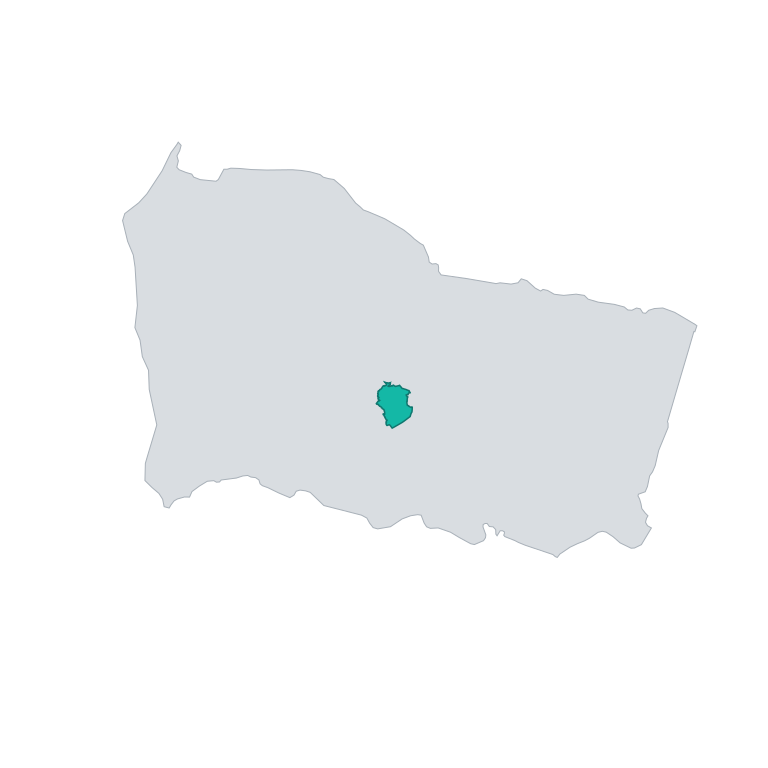 Pru East, Brong Ahafo, Ghana (highlighted), rotated 107°
{"feature_id": "2480657B24672710685383", "entity_name": "Pru East", "entity_type": "district", "adm_level": 2, "iso_a3": "GHA", "parent_name": "Ghana", "parent_adm1": "Brong Ahafo", "projection": "robinson", "projection_center": [-0.909, 8.134], "detail": "fine", "context": "in_parent", "style": "filled", "palette": "teal", "viewbox_px": 768, "rotation_deg": 107, "n_neighbors": 0, "source": "geoboundaries", "source_scale": "gbopen_adm2", "svg_char_len": 7158}
<svg xmlns="http://www.w3.org/2000/svg" viewBox="0 0 768 768"><g transform="rotate(107 384 384)"><path d="M462.4,90.9L467.6,96.5L468.8,99.7L466.9,111.8L463.1,120.2L460.7,128.1L461.0,132.1L463.3,136.0L471.3,142.3L475.3,146.3L480.2,152.4L485.7,158.4L495.2,166.1L499.2,167.6L499.0,169.7L497.7,172.7L496.9,201.7L496.2,209.2L495.5,212.9L494.6,223.8L493.6,225.3L491.8,225.2L490.2,225.6L489.7,227.7L490.4,230.0L496.1,231.5L494.9,233.1L490.6,234.6L488.7,237.9L489.5,241.6L487.2,244.6L487.9,246.6L489.4,248.1L491.8,247.5L498.5,242.5L501.3,242.0L504.7,243.0L511.1,250.6L511.4,254.4L508.8,267.1L506.3,277.0L505.8,290.1L508.5,297.5L508.1,301.5L505.2,305.0L498.6,310.1L499.1,313.6L502.2,320.0L507.7,327.2L518.6,336.1L524.4,347.7L524.5,352.4L521.2,357.1L517.2,361.2L516.0,367.2L517.8,406.0L509.2,422.9L509.1,427.7L510.0,433.3L512.2,436.6L516.6,437.6L520.2,440.8L519.0,452.7L517.1,464.7L516.8,470.6L515.7,473.3L512.3,475.6L511.1,479.4L511.9,484.1L511.3,487.6L513.2,492.1L517.1,497.7L523.4,511.6L525.8,512.7L526.9,515.6L526.2,518.5L528.7,524.6L535.7,530.8L543.0,536.2L549.0,536.9L550.4,541.8L554.3,547.9L557.2,550.6L561.7,552.3L565.4,553.2L565.6,558.4L558.9,562.0L554.4,567.3L550.9,575.4L546.2,584.4L529.7,589.0L523.4,589.1L489.6,589.3L457.9,606.9L439.7,613.2L428.5,623.1L413.4,630.1L402.9,638.7L381.0,642.8L345.1,656.2L333.9,661.5L322.5,670.9L304.1,681.8L296.8,681.7L282.4,671.5L271.5,666.3L244.9,658.5L225.1,655.4L215.5,652.1L212.9,651.5L215.1,647.8L220.6,647.6L226.4,648.7L230.8,645.9L237.3,645.5L239.0,642.6L239.6,635.2L239.5,629.2L241.8,626.5L242.3,619.5L239.2,603.9L236.9,602.2L225.4,599.9L224.5,596.8L222.4,593.6L220.2,585.5L217.7,573.6L213.7,558.8L205.9,534.3L204.0,525.7L202.7,516.9L202.4,506.4L204.0,502.5L203.8,497.1L203.1,491.7L208.6,479.2L219.3,464.0L221.6,458.5L223.6,454.7L223.9,449.2L225.8,431.4L231.0,410.0L234.2,401.9L236.4,397.5L239.0,390.4L239.7,387.0L249.6,378.6L254.2,376.4L255.2,373.1L253.7,369.5L254.3,367.0L256.7,365.8L260.3,364.8L263.0,361.3L258.9,334.9L255.5,308.5L255.3,306.3L253.3,302.6L251.3,291.7L248.0,285.4L243.3,283.5L243.4,277.5L248.1,267.4L249.3,261.4L247.1,259.6L246.7,255.0L248.4,247.5L247.6,242.9L246.7,238.0L241.9,226.5L240.7,218.3L243.2,213.6L243.1,203.1L240.5,187.0L240.1,176.8L241.9,172.5L241.0,168.5L237.5,164.7L237.2,160.9L240.3,157.3L239.9,154.5L236.1,152.4L232.8,147.5L229.8,139.6L230.5,127.0L236.1,103.8L236.8,101.8L243.2,102.0L243.2,103.0L263.0,102.7L285.7,102.5L312.7,102.2L337.3,101.9L338.4,100.9L342.5,99.6L367.3,101.9L382.8,100.8L389.4,101.5L394.2,103.1L405.0,102.1L410.7,102.7L415.0,108.5L416.8,108.4L419.2,106.0L423.5,103.2L427.8,101.0L431.0,96.5L432.9,93.0L435.7,93.7L439.8,93.5L442.5,90.6L443.5,86.2L462.4,90.9Z" fill="#d9dde1" stroke="#a8b0b8" stroke-width="1"/><path d="M423.8,363.3L422.0,361.5L415.8,355.7L414.1,354.3L407.5,349.5L404.3,349.5L402.6,349.1L400.5,349.5L397.9,350.2L397.8,350.7L398.1,350.9L398.3,351.1L398.4,351.4L398.4,351.5L398.2,352.9L398.1,353.1L398.1,353.5L397.9,353.5L397.5,354.9L397.6,355.4L397.2,355.6L396.7,355.9L396.3,356.2L396.0,356.3L395.7,356.4L395.2,356.7L394.9,356.7L394.8,356.8L394.3,356.8L394.1,357.0L393.9,356.8L393.6,357.0L393.1,357.0L392.8,357.0L392.6,357.3L392.4,357.3L391.9,357.3L391.3,357.3L390.5,357.8L389.7,357.4L389.3,357.5L389.1,357.8L388.9,359.0L388.0,359.6L387.3,358.8L387.2,358.2L387.1,357.9L386.6,357.9L386.4,357.9L386.0,357.9L385.5,357.7L385.1,357.3L385.1,357.1L385.0,356.8L384.7,356.4L384.5,356.5L384.3,356.8L384.3,357.0L384.2,357.0L384.1,357.3L383.9,357.4L383.8,357.6L383.7,357.6L383.5,357.9L383.0,358.1L383.1,358.9L383.0,359.1L383.0,359.7L383.0,359.9L383.0,360.0L382.9,360.4L382.9,360.6L382.9,360.9L382.8,361.3L382.8,361.7L382.8,361.8L382.8,362.1L382.9,362.5L382.9,363.0L382.8,363.4L382.8,364.5L382.8,364.8L383.0,365.1L383.0,365.3L381.7,367.1L381.7,367.3L380.7,368.7L381.1,369.2L381.2,369.4L381.3,369.5L382.1,370.8L382.2,371.1L382.4,371.3L382.5,371.5L382.7,371.9L382.8,372.0L382.7,372.1L382.9,373.0L382.9,373.3L382.6,373.9L382.5,374.1L382.3,374.5L382.4,374.9L382.5,375.0L382.9,375.2L383.0,375.2L383.3,375.3L383.4,375.5L383.5,375.5L383.6,375.8L383.6,376.1L383.5,376.4L383.6,376.6L383.9,376.7L384.0,376.7L384.1,376.9L384.2,377.1L384.3,377.2L384.4,377.3L384.5,377.6L384.8,378.0L384.8,378.3L384.8,378.6L385.0,378.9L385.0,379.1L384.8,379.0L384.6,379.3L384.5,379.2L384.4,379.2L384.0,379.1L383.9,379.1L383.7,378.9L383.6,378.7L383.5,378.4L383.2,378.3L383.1,378.2L382.9,378.2L382.6,378.1L382.5,377.9L382.4,377.9L382.3,378.0L382.0,378.0L381.9,378.2L381.8,378.3L381.6,378.4L381.4,378.3L381.3,378.5L381.2,378.6L380.9,378.5L381.4,379.4L381.9,380.0L381.8,380.8L382.0,381.6L382.1,382.5L382.0,384.0L382.2,383.8L382.3,383.5L382.5,383.0L382.6,382.8L382.7,382.6L383.0,382.4L383.0,382.1L383.2,381.7L383.4,381.5L383.8,381.6L384.1,381.5L384.5,381.5L384.9,381.7L385.0,381.9L385.2,382.1L385.3,382.5L385.2,382.7L385.7,383.1L385.9,383.1L386.0,383.4L385.9,383.8L385.9,384.1L386.3,384.3L387.2,384.6L387.4,384.7L387.6,384.8L388.1,384.8L388.6,385.0L388.7,384.9L388.9,385.0L389.2,385.2L389.6,385.3L390.0,385.7L390.1,385.8L390.4,386.1L390.5,386.3L390.9,386.4L391.3,386.4L391.7,386.5L391.6,386.8L392.1,387.3L392.4,387.4L392.6,387.3L392.9,387.5L393.1,387.3L393.4,387.3L393.6,387.3L393.9,387.3L394.0,387.2L394.4,386.9L394.8,387.0L395.0,387.2L395.4,387.0L395.4,386.9L395.5,386.7L395.6,386.4L395.9,386.4L395.9,386.5L396.0,386.6L396.3,386.5L396.5,386.6L396.8,386.7L397.0,386.6L397.3,386.5L397.4,386.3L397.5,386.4L397.8,386.4L398.0,386.1L398.1,385.9L398.1,385.7L398.1,385.8L398.1,385.6L398.2,385.4L398.3,385.4L398.2,385.3L398.3,385.2L398.6,385.0L398.8,385.2L398.8,385.3L398.9,385.5L398.9,385.4L399.0,385.5L399.3,385.6L399.2,385.5L399.3,385.6L399.5,385.4L399.9,385.2L400.0,385.0L400.3,385.0L400.5,384.8L400.7,384.7L400.6,384.4L400.7,384.2L400.8,384.2L400.9,383.9L401.0,383.9L400.9,383.9L401.0,383.8L401.0,383.7L401.1,383.8L401.2,383.6L401.3,383.6L401.5,383.6L402.3,384.6L402.9,384.9L403.6,385.1L404.1,385.3L404.5,385.4L404.6,385.5L405.0,385.6L405.3,385.3L405.2,385.2L405.2,384.7L405.3,384.7L405.3,384.4L405.3,384.1L405.4,383.9L405.3,383.7L405.5,383.4L405.4,383.3L405.5,383.2L405.6,382.9L405.8,382.8L405.9,382.7L406.2,382.1L406.3,382.0L406.4,381.5L406.5,381.5L406.5,381.4L406.6,381.2L406.6,380.9L406.6,380.7L406.9,379.8L407.1,379.5L407.3,379.2L407.5,378.9L407.6,379.0L407.7,378.6L407.9,378.4L408.1,378.3L408.1,378.1L408.2,377.9L408.2,377.7L408.3,377.4L408.4,377.2L408.4,376.9L408.6,376.8L408.6,376.6L408.7,376.4L409.3,376.0L409.4,375.9L409.6,375.8L409.8,375.7L409.8,375.8L410.3,375.5L410.6,375.2L411.4,374.9L411.7,374.8L412.0,374.7L412.3,374.7L412.7,374.5L412.8,374.6L412.7,374.9L412.7,375.1L412.6,375.3L412.8,375.4L412.8,375.7L413.0,375.6L413.2,375.8L413.3,375.9L413.5,375.8L413.6,375.6L413.6,375.1L413.7,374.9L414.1,374.6L414.4,374.6L414.6,374.3L414.9,374.0L415.2,373.6L415.4,373.5L415.3,373.3L415.4,373.1L415.9,372.9L416.1,373.0L416.5,372.4L416.9,372.0L417.5,371.6L417.6,371.3L417.5,371.2L417.5,370.7L417.8,370.4L418.0,370.4L418.3,370.6L418.5,370.8L418.9,370.9L419.0,370.8L419.3,370.9L419.6,370.8L419.8,370.6L420.0,370.8L420.7,370.7L421.3,370.3L422.1,370.0L422.2,369.8L422.6,369.4L422.8,369.1L422.7,368.8L421.4,367.1L421.8,366.0L423.8,363.3Z" fill="#14b8a6" stroke="#0f766e" stroke-width="1.5"/></g></svg>